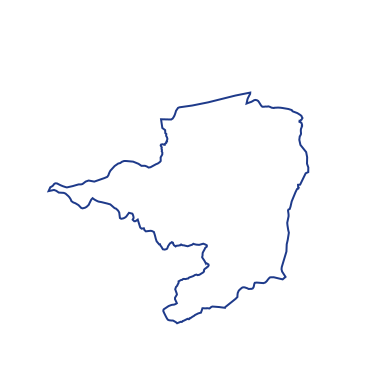 the district of Brebu, Caras-Severin, Romania, rotated 121°
{"feature_id": "2599482B1219277993436", "entity_name": "Brebu", "entity_type": "district", "adm_level": 2, "iso_a3": "ROU", "parent_name": "Romania", "parent_adm1": "Caras-Severin", "projection": "equal_earth", "projection_center": [22.029, 45.391], "detail": "fine", "context": "isolated", "style": "outline", "palette": "blue", "viewbox_px": 384, "rotation_deg": 121, "n_neighbors": 0, "source": "geoboundaries", "source_scale": "gbopen_adm2", "svg_char_len": 5761}
<svg xmlns="http://www.w3.org/2000/svg" viewBox="0 0 384 384"><g transform="rotate(121 192 192)"><path d="M265.1,315.4L261.3,311.3L260.9,309.0L261.1,305.9L258.8,301.5L258.5,299.6L259.2,295.9L259.6,294.6L260.1,293.5L260.6,292.5L261.2,291.6L261.9,290.7L262.1,288.4L261.7,286.2L261.7,282.5L262.7,278.8L262.4,277.4L260.6,275.6L259.0,274.7L256.1,273.9L254.7,274.1L253.4,274.2L252.1,274.3L250.8,274.4L250.2,274.4L248.5,274.0L248.7,272.3L248.7,270.6L248.6,269.0L248.4,267.3L247.3,264.4L246.4,261.5L245.5,258.6L244.7,255.6L245.7,250.1L245.4,248.5L246.0,245.8L247.1,243.8L251.4,240.4L251.4,238.9L251.0,238.4L250.6,238.0L250.2,237.5L249.8,237.2L249.3,236.8L248.8,236.5L248.2,236.2L247.7,236.0L246.9,235.7L242.3,235.3L241.3,232.0L241.9,231.0L242.6,230.2L243.4,229.4L244.3,228.7L246.3,228.6L246.8,226.4L246.1,225.4L243.6,224.3L249.1,218.1L249.4,216.3L247.9,214.6L249.1,213.2L249.5,211.3L246.7,207.7L246.1,206.4L245.9,204.1L248.2,201.5L250.7,199.0L252.5,196.9L253.8,193.2L253.3,192.5L254.1,191.6L254.6,190.2L256.1,187.5L255.4,185.7L253.9,184.3L252.9,184.2L250.7,184.6L248.6,184.5L247.3,184.4L246.3,183.7L245.5,183.6L245.3,183.1L245.3,182.2L246.0,181.6L246.9,180.1L247.1,178.0L246.2,177.7L245.4,176.7L244.6,175.6L243.8,175.0L243.5,174.4L242.6,174.3L242.5,172.6L241.8,171.3L241.6,170.4L240.7,167.7L238.6,166.0L237.1,164.7L235.7,164.2L235.5,163.1L234.9,161.2L233.6,158.6L230.5,155.7L230.1,153.3L230.1,151.8L231.2,151.2L233.2,151.9L234.4,151.7L237.2,151.6L238.6,151.5L239.7,151.0L241.1,150.2L242.6,149.8L243.1,149.0L243.8,147.5L244.5,146.0L246.0,143.5L245.4,143.6L245.6,143.5L245.6,142.4L245.6,140.6L246.4,139.9L247.7,139.9L248.6,140.4L249.4,140.5L250.3,141.0L251.6,141.5L252.9,141.5L253.6,140.9L254.3,140.8L255.4,141.1L257.1,142.0L259.1,143.0L260.4,144.4L260.5,145.6L261.6,146.7L263.4,147.6L264.9,148.8L266.4,150.1L267.2,150.6L268.1,150.7L268.9,151.7L269.9,152.6L270.3,153.4L270.7,154.3L271.5,155.0L272.4,155.2L273.0,156.0L274.3,156.8L275.5,157.5L276.8,156.7L279.2,156.6L279.9,156.4L281.7,156.8L284.0,156.3L285.5,154.5L286.8,152.9L287.7,152.1L289.6,152.1L291.3,152.1L292.6,151.4L295.1,147.7L296.4,148.3L297.8,149.4L298.3,150.1L298.9,150.9L299.6,151.6L301.8,153.3L307.1,155.8L308.0,155.7L308.9,155.2L310.1,153.5L312.2,150.2L313.2,148.5L313.9,147.0L313.7,145.5L312.8,143.5L312.0,142.1L311.9,140.6L311.9,138.6L312.2,137.2L309.0,134.8L308.7,133.9L308.2,133.6L307.6,133.5L307.4,133.5L306.9,133.0L305.7,132.2L303.0,130.5L302.8,129.4L302.5,129.0L302.2,128.9L301.5,128.7L301.3,128.9L300.2,128.0L298.9,127.5L297.0,126.4L296.2,126.2L295.8,126.0L292.8,124.1L290.8,122.2L288.2,122.7L286.3,123.2L285.9,122.7L285.4,121.6L284.3,119.7L283.9,119.4L282.8,117.0L280.5,116.2L279.6,115.4L278.3,112.8L276.5,109.2L276.1,108.2L274.4,104.4L274.3,104.5L261.1,99.6L258.6,99.0L257.7,99.5L256.8,100.0L255.9,100.4L254.9,100.8L252.4,101.1L250.5,100.6L248.7,100.0L247.9,99.6L247.6,99.3L247.3,99.0L246.9,98.3L246.6,97.6L246.2,95.8L246.0,94.8L246.0,93.7L244.4,91.1L243.4,90.3L242.0,90.2L241.1,90.4L240.3,90.7L239.4,91.0L238.6,91.3L237.5,91.4L236.3,89.9L233.3,83.8L231.7,82.5L229.3,81.9L228.2,81.9L227.2,81.7L226.0,81.5L224.9,81.1L223.0,78.1L220.2,69.3L216.6,68.1L213.8,73.8L212.1,75.5L210.1,76.4L194.4,80.4L188.0,83.9L183.7,85.3L177.0,88.0L175.2,89.8L173.3,91.4L171.4,93.0L169.4,94.5L163.1,96.7L161.9,97.4L160.7,98.3L159.6,99.2L158.5,100.1L157.4,100.3L156.3,99.5L153.9,100.0L148.7,101.7L138.8,103.2L135.4,103.5L134.6,102.8L134.3,102.6L133.5,102.8L133.7,103.2L131.2,104.8L130.0,103.1L123.2,103.7L117.4,104.2L115.1,102.6L112.7,104.0L111.1,104.9L108.5,108.0L102.9,111.2L99.0,114.7L95.8,123.3L92.0,126.9L88.8,128.3L88.0,128.2L87.2,128.3L86.4,128.4L85.7,128.7L85.1,129.1L84.6,129.5L83.7,130.1L82.7,130.7L81.7,131.1L78.7,131.6L78.6,131.8L78.6,132.0L77.8,132.2L77.6,132.4L76.5,133.6L76.4,134.3L76.5,136.1L76.0,136.3L76.0,136.1L75.6,135.9L75.6,135.7L75.4,135.7L75.4,135.8L75.2,136.1L74.6,136.0L73.8,135.4L73.4,135.4L71.7,135.4L71.1,136.5L70.5,137.2L70.2,138.6L70.1,142.3L70.9,146.6L71.0,147.5L70.4,148.7L71.2,152.1L73.5,158.0L74.3,159.8L75.2,161.5L76.3,163.2L77.4,164.8L77.8,165.0L78.7,167.1L78.9,169.2L79.3,170.7L80.2,171.7L80.8,172.9L81.9,174.3L82.7,175.6L82.3,177.3L80.4,181.0L79.9,182.2L79.9,183.1L79.9,183.5L80.2,184.5L80.5,185.2L81.3,186.0L83.2,187.0L84.2,187.6L86.8,189.8L88.1,190.8L84.0,192.2L82.8,192.4L80.4,192.6L78.0,192.7L76.8,193.3L86.9,204.4L106.8,224.3L117.8,236.4L125.9,246.4L127.1,247.3L130.7,247.5L132.1,247.1L133.4,246.8L134.8,246.5L136.2,246.4L136.3,246.3L139.0,246.4L140.6,247.2L145.6,256.0L152.4,250.4L152.8,246.9L155.3,245.2L155.5,243.9L157.0,243.2L157.4,242.8L157.7,242.2L158.0,241.6L158.9,240.7L159.1,240.5L160.1,240.1L160.8,240.1L161.1,239.9L161.6,239.4L162.2,239.8L162.7,239.8L162.8,239.7L163.2,239.4L163.6,239.5L164.3,239.7L164.5,240.0L164.8,240.1L165.3,240.1L165.6,239.8L165.9,240.2L166.0,241.1L166.1,241.6L166.4,242.0L167.2,242.9L168.1,242.9L168.5,242.5L168.8,241.9L169.3,240.9L169.7,240.8L169.8,240.8L170.2,240.5L170.3,240.5L170.7,240.4L170.9,240.2L171.1,239.7L171.8,239.2L172.1,239.1L172.6,239.0L173.5,237.7L175.2,236.8L178.5,236.7L181.5,234.8L182.5,234.9L183.4,235.2L184.3,235.6L185.2,236.0L186.8,237.2L192.1,240.3L193.4,241.8L193.4,242.9L193.4,243.9L193.6,244.9L193.8,245.9L193.9,246.1L195.6,248.8L195.4,252.4L196.3,258.1L199.2,264.1L200.4,266.2L202.3,267.7L204.1,268.4L205.6,269.9L209.6,271.7L215.1,272.8L215.4,272.9L216.7,272.9L218.0,272.8L219.3,272.6L220.5,272.3L222.6,272.4L225.1,274.2L233.4,281.1L235.4,286.5L237.8,288.5L241.6,290.0L242.7,291.1L243.8,293.0L246.0,295.1L248.3,297.2L250.4,299.4L252.5,301.6L252.9,302.9L253.2,304.2L253.5,305.5L253.7,306.8L253.9,308.2L254.0,309.5L254.1,310.9L254.2,312.2L255.0,313.7L256.5,314.4L256.8,314.4L257.3,314.4L257.7,314.4L258.1,314.5L258.5,314.6L258.8,314.7L261.0,315.9L265.1,315.4Z" fill="none" stroke="#1e3a8a" stroke-width="2"/></g></svg>